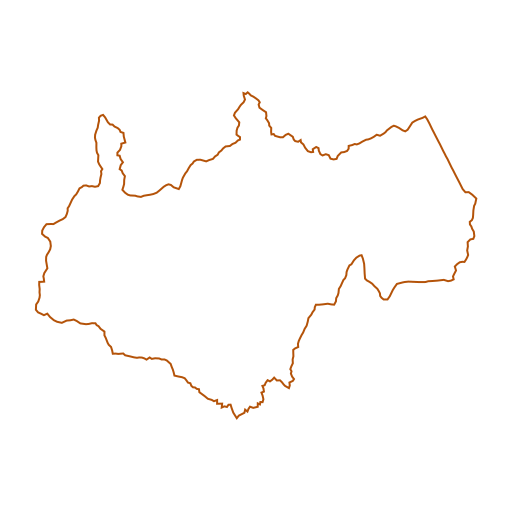 the district of Palmeira, Paraná, Brazil, rotated 3°
{"feature_id": "56859067B23664287771885", "entity_name": "Palmeira", "entity_type": "district", "adm_level": 2, "iso_a3": "BRA", "parent_name": "Brazil", "parent_adm1": "Paraná", "projection": "robinson", "projection_center": [-50.067, -25.452], "detail": "fine", "context": "isolated", "style": "outline", "palette": "amber", "viewbox_px": 512, "rotation_deg": 3, "n_neighbors": 0, "source": "geoboundaries", "source_scale": "gbopen_adm2", "svg_char_len": 6061}
<svg xmlns="http://www.w3.org/2000/svg" viewBox="0 0 512 512"><g transform="rotate(3 256 256)"><path d="M465.1,181.1L461.8,181.4L458.9,178.4L455.4,172.2L453.4,168.8L451.8,166.1L450.3,163.5L448.3,160.0L446.8,157.6L444.0,152.5L442.2,149.2L440.4,146.4L439.3,144.4L437.4,141.2L433.8,134.7L432.4,132.4L428.9,126.4L427.0,123.1L425.4,120.4L423.6,117.1L422.3,114.7L419.8,110.5L417.7,107.8L415.0,109.4L412.3,110.5L410.4,111.3L407.7,112.8L405.1,114.6L403.2,117.9L400.8,122.0L398.5,123.7L395.8,122.8L392.1,120.6L388.8,119.2L386.8,118.7L384.5,120.0L380.2,123.7L378.8,125.6L377.2,127.0L373.6,129.4L370.2,128.6L367.3,130.9L364.5,132.6L362.0,133.7L359.9,134.1L356.2,136.2L353.3,138.2L350.8,139.3L348.7,139.0L346.2,140.2L342.8,141.2L342.9,144.0L341.5,146.3L338.6,147.6L335.7,148.1L332.4,151.8L331.4,154.8L328.4,155.5L325.3,154.9L323.4,151.5L320.4,150.7L317.2,152.1L315.0,150.9L313.2,147.5L312.8,145.0L310.4,144.0L307.1,146.4L307.6,149.1L305.5,149.5L302.3,148.6L299.4,145.3L297.5,142.1L295.0,140.2L294.5,137.9L292.1,139.7L289.1,139.2L287.6,137.7L286.5,135.0L281.9,132.2L279.3,133.5L276.7,136.0L274.0,136.2L271.2,135.6L268.7,135.0L267.3,133.3L265.1,133.8L264.6,131.4L264.5,127.3L262.4,125.1L262.1,122.7L260.0,119.6L258.6,118.0L259.1,115.7L258.5,111.9L255.1,109.9L251.7,107.7L250.7,104.6L251.7,102.3L250.3,100.4L247.5,98.5L245.0,97.0L242.4,95.9L240.8,94.3L239.1,93.0L237.3,94.8L235.0,94.0L235.4,96.6L236.8,100.3L235.6,103.1L233.0,105.9L231.8,107.8L230.4,110.4L227.5,114.0L226.6,116.8L228.6,119.5L232.3,123.4L232.1,126.6L230.8,128.8L230.1,131.8L230.2,135.8L231.9,137.0L233.8,138.1L233.9,140.6L231.9,141.5L229.6,144.0L226.6,145.4L224.2,147.5L219.9,148.2L217.5,150.3L215.9,152.5L213.5,154.5L212.4,156.9L209.9,158.7L207.9,161.3L204.3,162.6L201.3,164.1L198.2,163.4L195.5,162.8L191.9,163.0L189.0,164.9L187.8,167.0L186.0,168.6L184.2,171.8L182.7,175.0L181.1,177.2L178.9,181.6L178.2,183.9L177.5,187.1L176.8,190.3L175.4,193.2L170.2,191.7L167.3,189.5L164.9,189.0L162.6,190.0L160.2,191.7L156.2,195.6L153.5,198.0L150.2,199.5L146.9,200.4L143.9,201.0L140.8,201.7L138.0,203.0L134.5,202.7L132.2,202.1L129.8,202.1L127.2,202.1L124.8,201.5L122.0,199.7L119.1,196.9L119.9,193.9L120.5,191.1L120.4,186.8L120.9,183.1L118.6,180.4L117.4,177.7L115.3,176.4L116.2,172.3L118.2,169.4L115.7,166.2L114.6,163.0L112.3,162.7L112.2,160.0L114.6,157.2L115.8,153.4L115.6,150.9L119.6,149.5L117.7,143.6L117.2,140.0L114.2,139.2L113.2,137.1L111.2,135.5L107.9,134.1L105.9,132.3L103.4,132.3L101.1,130.2L98.1,125.5L95.9,123.1L93.5,124.1L91.9,126.1L92.2,129.1L91.5,133.1L91.2,136.2L90.1,139.1L89.0,143.3L89.0,146.3L89.6,148.6L90.7,151.3L90.9,155.9L91.2,158.9L91.8,161.2L93.3,163.6L93.3,166.5L93.3,170.0L94.6,172.6L96.1,174.7L98.0,177.2L96.8,179.4L97.3,182.2L96.6,186.1L96.3,188.7L96.3,191.3L94.7,194.5L91.6,195.3L88.5,194.8L85.7,195.3L82.7,194.4L80.0,194.8L78.5,196.3L76.2,197.7L74.8,200.9L73.2,203.9L71.5,205.7L69.4,209.3L67.9,213.1L66.7,216.1L65.4,218.2L65.6,220.7L64.9,223.9L63.7,227.1L61.1,229.3L58.2,230.8L54.3,233.2L52.1,234.7L49.2,234.8L45.1,235.2L42.8,238.3L41.2,241.8L41.2,245.1L44.4,247.7L47.2,248.9L49.8,252.4L50.6,256.8L50.1,260.1L48.7,263.1L47.2,265.7L46.5,267.9L46.6,271.7L48.3,279.2L45.5,284.1L44.7,287.4L45.3,289.8L45.8,292.7L43.4,293.0L40.9,293.2L41.0,296.3L41.7,300.4L41.7,303.6L42.2,306.4L42.0,309.0L40.9,312.9L39.0,315.9L39.0,318.5L39.0,321.2L41.3,323.7L44.4,324.9L47.3,326.2L50.6,324.5L53.5,327.7L57.5,330.7L60.8,332.1L65.6,332.9L70.3,330.4L74.0,329.9L77.3,329.0L80.4,330.3L84.1,332.5L89.8,333.0L92.6,332.6L95.6,331.7L99.2,331.6L100.5,333.4L102.4,334.3L104.6,336.9L108.6,339.4L108.8,343.2L110.3,345.8L112.4,350.5L113.6,352.4L116.0,354.4L117.3,357.9L118.1,361.1L120.9,360.8L123.6,361.0L128.5,360.3L130.5,362.0L135.3,362.8L139.5,363.6L142.5,363.9L144.7,363.4L147.4,363.4L149.9,364.1L152.1,365.2L155.1,362.9L157.3,364.2L160.6,363.4L164.6,363.4L167.2,364.3L170.0,364.1L172.4,365.0L174.6,366.8L176.4,368.2L177.6,371.1L178.9,373.8L179.9,376.6L180.8,379.7L184.8,380.4L188.5,380.9L191.2,381.8L192.9,383.7L194.7,386.0L197.1,386.5L198.2,389.0L199.9,390.4L202.0,390.5L203.8,391.8L206.0,392.0L206.6,395.0L212.2,398.7L215.4,401.1L219.3,402.0L221.6,403.2L224.7,401.9L224.9,405.6L229.9,405.2L229.7,409.1L232.3,407.8L234.9,408.3L236.3,406.0L238.4,405.8L239.6,409.1L241.5,413.6L242.9,415.6L245.3,419.0L247.2,416.3L252.6,413.2L253.2,410.0L255.6,411.8L256.5,409.1L257.9,406.8L261.2,407.8L265.6,406.5L265.5,403.1L267.7,404.0L268.0,401.6L270.2,401.6L270.9,398.7L269.9,395.1L268.6,392.1L271.0,391.0L270.4,387.9L269.2,385.4L271.4,384.6L272.3,382.1L274.1,379.4L276.5,380.5L278.7,378.7L280.5,376.5L283.3,379.2L286.5,378.9L288.6,380.8L290.3,382.8L291.8,384.2L295.8,386.2L296.5,383.5L296.0,380.6L299.3,378.8L300.4,376.9L298.4,374.6L297.0,371.6L297.5,369.3L296.2,367.2L297.1,364.3L298.4,361.2L298.0,357.4L298.6,354.2L298.3,350.7L298.1,347.8L299.9,346.2L302.9,344.7L302.5,341.5L303.2,338.5L304.2,336.0L305.6,332.7L307.1,329.9L308.4,326.2L310.2,323.0L311.1,318.9L311.6,315.3L314.3,311.7L315.4,309.2L317.3,306.4L317.4,304.0L318.4,301.5L321.3,301.4L325.3,300.8L330.2,299.9L333.7,300.4L336.6,300.5L338.2,297.1L338.3,293.9L339.7,291.1L340.3,288.6L340.5,284.5L342.1,281.7L343.4,278.3L344.6,275.3L346.1,273.6L347.2,270.4L347.3,267.2L348.0,264.8L349.8,260.5L351.7,259.3L354.0,255.2L356.3,252.4L359.4,250.2L361.4,249.7L362.9,253.1L364.4,258.2L364.9,262.5L365.4,267.7L366.1,272.9L368.0,274.6L370.7,275.9L373.5,277.6L375.9,280.0L378.9,282.4L380.6,284.9L381.7,286.8L382.1,289.4L383.5,291.1L385.7,292.7L389.6,292.5L391.7,289.2L394.4,282.8L395.9,280.1L398.2,276.5L403.9,274.7L405.8,274.2L409.6,273.6L420.5,273.5L424.4,273.3L426.7,273.1L429.3,272.2L433.8,271.7L438.4,271.1L444.8,270.0L449.1,271.1L452.0,270.4L454.6,269.0L453.8,266.1L454.8,263.7L456.5,260.0L455.1,256.1L457.3,253.6L459.8,251.6L462.4,251.0L464.5,251.0L466.0,248.4L467.0,246.2L467.8,243.9L466.6,239.4L467.1,235.4L466.6,231.1L469.2,228.2L472.1,227.5L473.0,224.7L472.2,220.2L470.4,217.5L469.5,215.2L468.0,213.3L467.7,210.7L469.7,208.9L470.6,206.6L470.7,203.9L470.7,199.1L471.2,194.5L472.2,192.3L473.0,187.1L468.8,183.5L465.1,181.1Z" fill="none" stroke="#b45309" stroke-width="2"/></g></svg>